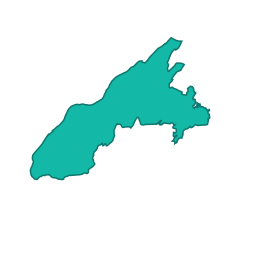 outline of Regidor, Bolívar, Colombia, rotated 222°
{"feature_id": "7082276B31703360799100", "entity_name": "Regidor", "entity_type": "district", "adm_level": 2, "iso_a3": "COL", "parent_name": "Colombia", "parent_adm1": "Bolívar", "projection": "equal_earth", "projection_center": [-73.886, 8.725], "detail": "fine", "context": "isolated", "style": "filled", "palette": "teal", "viewbox_px": 256, "rotation_deg": 222, "n_neighbors": 0, "source": "geoboundaries", "source_scale": "gbopen_adm2", "svg_char_len": 5855}
<svg xmlns="http://www.w3.org/2000/svg" viewBox="0 0 256 256"><g transform="rotate(222 128 128)"><path d="M125.9,129.9L126.1,133.6L127.6,138.0L128.1,140.2L128.2,141.3L128.2,142.0L127.9,142.5L127.6,142.6L126.6,142.6L124.9,141.4L123.1,140.7L121.3,139.4L119.8,139.6L118.9,140.3L117.2,142.5L110.4,149.0L109.5,149.7L109.2,150.4L109.4,150.5L109.6,150.4L109.6,150.5L109.3,151.2L109.2,152.0L108.7,152.5L108.7,152.8L108.6,153.0L109.1,153.5L108.5,155.7L108.3,155.7L108.3,155.4L108.4,155.1L108.2,155.2L108.0,154.2L108.2,153.2L108.1,152.3L107.8,151.9L107.3,152.3L107.1,151.9L107.3,151.7L106.8,151.7L106.6,151.8L106.7,152.0L106.4,152.2L106.1,151.9L105.2,152.9L105.2,153.2L105.0,153.3L105.2,153.9L105.1,154.7L104.6,155.1L104.5,155.9L100.1,158.9L99.6,159.5L99.2,160.9L98.1,161.6L97.5,161.6L96.4,161.1L95.9,161.2L95.3,161.8L95.1,161.9L95.4,160.8L95.5,159.9L95.3,158.9L94.7,158.2L94.4,158.2L93.1,158.7L92.2,159.4L91.4,159.3L90.8,158.9L89.7,157.6L89.5,156.3L89.8,155.7L91.1,155.5L91.1,154.9L89.8,153.6L89.3,152.7L88.8,152.3L88.0,152.4L87.5,153.3L87.1,155.1L86.9,155.2L86.6,154.9L86.6,153.5L87.0,151.9L86.7,151.0L86.1,150.0L86.3,147.9L86.1,148.0L85.2,148.9L84.1,149.1L83.5,148.8L82.8,147.7L82.7,148.5L82.2,149.2L82.0,150.2L82.2,150.6L82.7,151.0L82.9,151.4L83.0,152.5L83.2,153.1L83.2,153.7L83.0,154.4L82.1,156.3L81.3,156.5L82.0,157.9L82.2,158.6L82.8,159.9L83.1,160.3L83.5,160.3L83.8,161.2L84.2,161.4L84.8,162.3L84.8,163.0L84.9,164.1L84.8,164.7L84.4,165.4L84.3,166.2L83.6,166.7L83.4,167.0L83.1,168.6L83.0,170.6L81.4,170.4L81.1,170.7L80.6,172.0L80.4,174.1L80.4,174.8L80.2,175.3L79.7,175.7L77.7,176.6L75.2,179.5L72.5,182.0L71.3,183.8L72.2,185.2L72.6,186.2L73.0,186.6L73.6,187.8L74.7,188.2L74.6,188.6L74.0,189.4L74.0,189.7L74.3,190.6L74.5,190.8L75.0,190.8L76.7,192.6L77.6,192.2L77.9,192.2L79.6,193.6L79.5,194.5L79.1,195.3L79.8,196.1L80.1,196.1L80.2,194.7L80.4,194.3L81.0,194.3L81.5,194.5L82.4,194.3L82.9,194.7L83.7,194.9L84.8,193.9L85.9,193.8L86.3,194.0L88.8,192.1L89.1,193.1L89.3,193.2L89.7,192.9L90.2,193.7L90.6,193.9L90.6,193.5L90.2,192.6L91.3,191.6L91.0,191.1L91.7,191.5L91.9,191.7L91.6,192.9L91.8,193.2L93.2,193.1L93.4,192.9L93.4,192.7L91.4,190.4L90.6,190.5L90.0,190.4L90.3,189.8L90.7,189.4L91.2,189.2L91.8,189.3L92.2,188.7L92.3,188.1L92.0,186.9L93.3,187.0L94.6,187.4L94.5,188.5L94.2,189.2L94.1,190.1L94.5,191.0L94.6,192.0L95.1,192.8L96.0,192.8L96.9,193.9L97.5,194.2L97.8,194.0L98.6,192.9L99.5,193.0L99.8,193.3L100.7,196.9L100.9,199.1L101.5,199.6L102.1,198.9L102.5,199.1L104.2,199.8L105.0,200.7L105.9,201.2L106.8,201.6L107.8,201.7L109.4,200.9L110.2,197.3L107.9,195.8L107.9,193.6L107.4,193.0L106.7,191.6L107.2,191.0L109.1,189.8L110.0,189.5L111.0,189.3L111.2,189.5L111.8,190.8L112.0,190.8L113.5,190.4L115.4,189.7L118.1,189.1L120.3,188.1L122.5,187.9L123.6,185.8L123.8,185.7L124.5,185.8L125.7,187.0L126.7,188.0L126.9,188.9L126.8,192.5L127.1,193.8L127.9,193.3L128.2,193.3L128.3,193.5L128.3,194.3L128.6,195.1L129.0,197.1L129.2,202.9L128.9,203.5L127.8,205.1L127.6,205.7L127.5,206.7L128.1,209.0L128.5,212.0L128.7,212.8L130.9,212.1L132.2,211.4L134.6,209.4L135.3,208.7L135.4,208.2L135.4,207.0L135.0,206.3L135.0,205.7L135.7,197.5L135.9,197.0L136.1,196.9L138.3,198.5L138.9,199.2L139.8,201.6L140.1,202.0L141.7,202.7L142.8,203.0L143.1,205.0L144.5,208.3L145.4,211.0L145.9,212.7L146.2,214.3L146.2,216.2L146.1,217.7L145.9,218.0L144.7,217.9L144.1,220.8L144.7,224.1L146.1,228.5L148.4,226.6L150.7,225.3L156.3,223.9L156.4,221.7L156.4,215.4L157.0,215.3L157.3,212.5L157.7,210.6L158.9,207.3L159.0,200.7L159.2,197.6L159.2,194.5L158.8,191.9L158.9,188.2L159.2,187.5L160.3,187.1L161.8,186.2L162.5,187.2L164.3,185.3L164.8,183.2L165.0,177.5L166.2,175.3L166.3,173.7L166.4,169.8L167.4,167.0L167.8,166.4L169.0,163.2L169.4,162.5L170.5,159.4L171.1,157.0L171.2,155.6L171.3,152.1L171.0,150.4L170.6,148.7L170.6,147.8L169.8,146.3L169.6,145.4L169.4,143.8L169.4,141.2L168.6,140.0L168.1,137.6L166.9,134.4L166.6,132.8L166.7,131.6L167.5,129.5L167.7,128.3L168.5,126.4L168.9,124.6L169.2,123.8L169.6,122.4L170.1,121.8L170.4,120.9L172.7,118.4L173.3,118.3L175.5,116.6L177.3,115.8L178.4,114.8L179.1,113.5L180.6,112.1L181.3,111.9L182.3,110.7L183.6,108.5L184.6,106.3L184.7,105.4L184.7,102.6L184.2,100.1L183.2,96.9L183.1,96.1L182.8,95.4L182.3,94.8L182.3,93.9L182.0,93.2L181.5,92.6L180.9,90.1L180.9,83.7L181.1,82.8L181.5,82.1L181.9,77.8L182.3,75.9L182.4,75.4L181.7,75.3L182.2,70.3L182.8,70.3L182.8,68.8L182.2,64.7L181.1,58.7L180.9,53.2L180.8,46.1L180.6,44.5L179.8,42.8L179.0,41.7L177.6,40.6L175.8,39.9L175.1,38.4L174.7,37.8L174.5,37.0L173.8,35.5L173.2,33.1L172.8,32.4L172.0,30.9L168.7,28.3L166.9,27.7L164.9,27.7L163.7,27.5L163.1,27.6L162.2,28.4L161.5,28.5L161.1,29.2L161.0,30.1L161.1,31.0L161.0,32.5L160.2,33.8L159.9,34.8L159.7,35.8L159.5,36.3L158.7,36.4L158.3,36.7L157.5,38.0L157.2,38.9L155.8,39.8L155.4,40.7L152.2,40.4L151.2,40.7L150.5,40.9L148.7,42.3L146.6,43.2L145.9,43.3L144.9,43.7L143.6,44.9L142.5,45.5L141.6,46.9L142.0,47.2L142.2,47.8L142.2,48.9L142.1,49.4L139.4,54.3L139.0,54.3L132.7,60.9L130.9,63.3L130.9,64.3L130.4,65.4L129.3,66.2L128.5,66.4L127.8,67.0L127.7,67.9L127.8,68.5L128.0,68.9L129.2,70.2L129.3,70.5L129.4,71.7L128.5,75.3L128.4,76.7L128.5,77.3L128.4,77.8L128.4,78.5L128.7,79.1L129.0,79.2L130.7,79.6L132.4,81.1L133.4,81.4L134.1,81.8L134.8,82.9L135.0,84.2L135.3,85.0L136.4,85.7L137.0,87.3L136.9,90.5L137.1,91.1L137.2,92.2L138.0,93.5L138.2,94.7L138.2,95.6L137.2,97.1L137.0,97.8L137.0,99.3L136.9,99.4L136.6,99.3L136.4,98.8L136.0,98.4L134.8,98.0L134.6,98.3L134.4,98.7L134.4,99.2L134.7,100.4L134.6,100.8L133.5,101.1L132.3,100.2L131.8,100.8L131.4,102.3L131.3,104.1L130.9,106.1L130.8,107.3L131.0,108.8L131.9,110.6L132.6,112.9L133.3,113.7L134.9,114.7L135.8,116.0L136.6,116.6L137.0,117.1L137.3,118.4L138.5,121.2L138.9,123.8L137.9,123.8L137.2,125.0L136.4,125.6L135.5,125.6L133.1,124.8L132.4,124.9L131.8,125.3L130.7,127.0L128.4,129.3L127.0,130.0L125.9,129.9Z" fill="#14b8a6" stroke="#0f766e" stroke-width="1.5"/></g></svg>